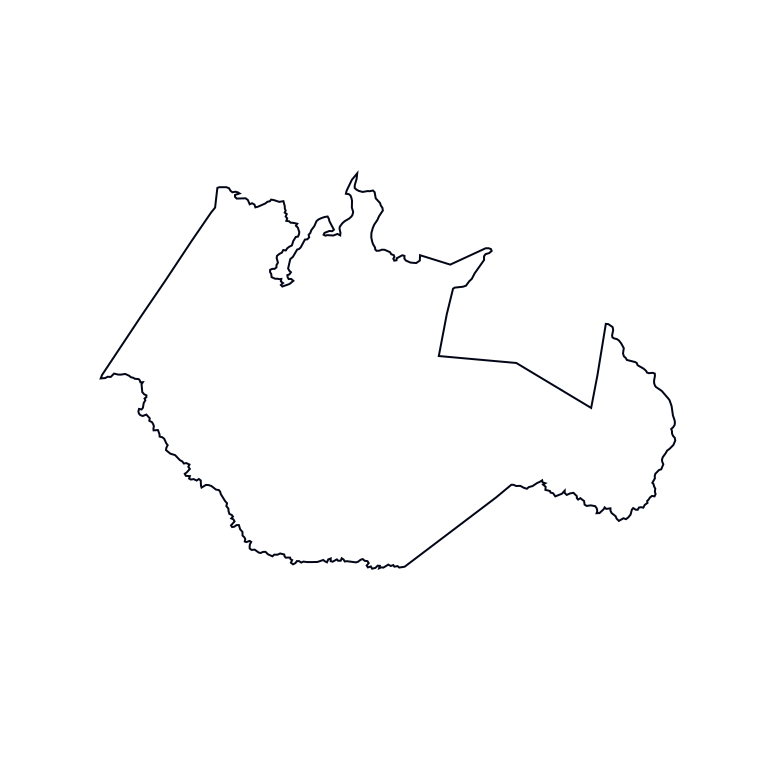 outline of Bomet Central, Rift Valley, Kenya, rotated 232°
{"feature_id": "3690345B53477019337333", "entity_name": "Bomet Central", "entity_type": "district", "adm_level": 2, "iso_a3": "KEN", "parent_name": "Kenya", "parent_adm1": "Rift Valley", "projection": "natural_earth1", "projection_center": [35.326, -0.731], "detail": "fine", "context": "isolated", "style": "outline", "palette": "ink", "viewbox_px": 768, "rotation_deg": 232, "n_neighbors": 0, "source": "geoboundaries", "source_scale": "gbopen_adm2", "svg_char_len": 6166}
<svg xmlns="http://www.w3.org/2000/svg" viewBox="0 0 768 768"><g transform="rotate(232 384 384)"><path d="M641.1,373.4L627.0,359.5L625.5,353.1L615.1,320.3L600.0,275.1L586.6,233.2L564.7,167.4L562.8,164.2L560.3,168.0L559.9,170.6L557.8,173.0L558.4,177.7L555.1,180.3L553.6,182.1L551.2,186.3L547.3,188.3L545.2,188.7L543.2,190.3L541.6,190.8L538.9,193.7L537.2,193.8L535.3,193.1L533.9,195.1L533.1,192.8L526.4,188.5L523.4,188.7L521.4,189.8L519.9,188.6L520.0,186.4L518.1,185.9L517.0,183.0L513.7,179.4L513.2,177.3L515.2,175.6L513.6,173.6L511.7,172.7L509.5,172.8L507.4,174.1L506.2,177.9L501.2,178.3L499.5,176.4L496.7,177.7L494.1,177.3L492.3,176.6L490.8,174.8L489.3,173.9L486.9,177.5L482.7,176.2L480.7,174.8L478.5,176.5L476.2,177.1L471.2,175.9L469.0,175.9L467.8,173.3L466.1,171.5L460.5,172.8L456.6,175.6L449.6,176.3L447.2,177.4L444.6,177.3L443.3,179.6L440.3,181.1L439.2,178.8L436.6,178.7L435.8,174.1L435.9,171.7L433.7,171.3L430.9,174.3L429.5,172.2L427.7,172.9L426.2,175.5L423.3,176.9L423.1,179.6L420.8,180.2L416.6,177.2L414.7,176.5L414.1,181.6L412.4,183.5L409.8,185.2L404.2,186.6L402.2,188.5L400.1,188.6L397.7,187.6L389.6,186.7L386.7,186.9L384.8,184.6L381.7,184.7L379.5,183.2L376.7,182.2L374.6,183.4L372.5,183.3L372.1,180.9L370.1,182.0L367.7,181.6L366.8,176.4L364.8,176.2L363.7,178.2L363.6,181.0L362.2,182.8L358.1,181.2L354.6,181.4L351.6,179.2L349.3,179.6L347.2,179.2L345.6,177.3L344.1,178.3L343.1,181.5L341.3,182.1L340.2,179.6L338.5,177.9L337.0,176.9L334.8,177.5L333.1,180.1L328.3,181.5L326.8,182.7L326.2,185.2L324.7,187.3L321.3,187.7L316.9,190.0L317.1,192.4L315.0,195.1L314.4,197.8L311.1,200.4L309.5,199.6L307.8,199.6L305.0,203.1L303.4,202.5L301.8,203.2L300.5,200.6L297.9,201.3L297.4,203.9L298.1,206.3L296.6,208.1L294.3,208.8L293.7,211.1L290.9,213.9L286.3,219.9L284.7,222.1L282.7,227.8L280.6,228.3L278.6,229.3L280.1,232.1L279.3,234.6L277.3,232.9L275.6,234.1L274.8,238.9L273.0,239.0L271.4,241.1L272.7,243.4L270.4,244.1L268.3,243.8L267.2,245.7L260.6,252.2L259.9,254.3L259.9,257.3L259.1,259.5L256.6,259.9L254.6,261.9L252.3,261.7L251.6,258.6L249.4,258.4L248.3,261.3L245.8,260.9L244.4,264.0L244.7,267.2L243.3,268.7L241.8,266.7L241.3,268.8L239.7,270.5L239.0,276.2L236.4,277.3L235.6,279.8L233.7,279.7L232.1,282.6L230.0,283.0L227.3,287.8L225.6,402.3L226.2,422.3L224.7,424.1L222.3,425.3L219.8,428.7L216.1,430.3L213.5,432.1L213.6,434.7L212.1,438.2L211.7,443.8L211.0,446.3L210.7,449.3L208.8,448.4L206.5,450.0L206.8,447.4L203.5,448.1L201.2,446.0L197.5,448.9L195.9,448.4L193.8,450.0L190.0,449.8L188.0,456.6L188.7,460.7L186.9,459.3L184.1,459.7L183.2,463.3L181.6,466.3L176.9,466.9L175.3,465.7L173.4,465.8L173.2,468.4L168.6,469.6L165.4,467.8L163.2,468.6L161.0,472.3L157.7,475.2L155.1,475.1L152.6,473.9L151.3,472.0L149.6,474.4L150.1,480.1L150.9,481.9L148.8,482.2L146.6,485.9L144.6,484.4L142.2,483.9L137.2,485.1L134.7,484.4L131.5,484.8L130.8,490.0L128.5,491.5L128.5,494.5L129.3,497.9L132.4,502.0L132.8,504.0L130.1,504.9L128.7,506.5L129.7,508.9L128.5,510.9L126.9,512.2L128.2,515.1L128.1,518.4L129.8,519.4L130.0,521.4L130.8,523.6L130.8,526.3L128.9,528.0L130.0,530.2L132.3,531.1L134.5,533.3L137.1,533.8L139.3,534.8L140.9,534.6L142.9,539.4L144.7,540.6L146.2,542.5L146.9,547.8L146.1,550.0L148.8,554.7L151.2,555.3L153.1,556.3L154.7,558.6L156.0,563.2L157.2,566.0L157.1,569.2L157.8,574.5L160.2,578.8L162.7,580.0L165.2,579.8L167.7,580.5L169.7,582.0L171.7,582.6L171.9,585.2L172.8,587.8L174.5,589.5L176.6,590.7L181.3,592.3L189.5,597.0L195.3,599.0L197.3,599.1L207.6,598.6L214.0,596.5L215.8,596.5L218.2,597.3L220.3,598.8L223.6,602.5L225.5,603.8L227.4,602.6L229.5,599.3L231.1,598.3L233.1,598.6L236.3,598.0L242.6,595.4L245.1,596.1L246.8,595.3L253.4,590.2L255.7,590.5L258.2,590.1L261.0,591.2L264.6,595.0L269.8,595.9L273.8,595.9L276.1,595.1L278.1,593.5L280.1,592.7L281.8,593.6L285.4,597.8L288.1,599.2L293.1,597.6L294.8,595.8L259.7,557.8L237.6,532.5L319.1,501.2L372.3,444.4L400.4,476.5L416.6,497.1L416.4,499.1L412.1,506.0L411.0,509.1L412.5,514.5L412.8,517.9L415.4,523.6L420.1,539.2L423.1,541.5L423.8,544.0L422.4,547.5L422.6,550.8L424.6,551.3L426.7,549.9L428.4,547.6L437.3,509.7L463.3,491.7L459.2,488.2L459.5,483.8L463.4,479.6L467.9,477.2L470.3,477.3L472.4,479.0L474.2,477.6L475.2,471.5L473.8,470.0L474.9,468.0L477.0,468.5L477.7,470.4L479.6,471.0L481.8,469.6L484.2,469.9L489.4,467.1L491.1,465.1L492.0,462.3L493.6,460.1L495.4,459.9L496.9,460.9L501.2,461.5L503.6,462.4L507.3,464.2L510.7,467.0L513.9,471.3L515.6,474.4L517.3,479.7L519.3,483.5L521.4,489.9L523.8,491.2L526.6,491.4L529.1,492.3L535.4,491.8L540.9,494.7L543.3,494.4L544.6,491.6L546.1,489.9L548.5,485.4L551.7,483.0L554.3,481.9L556.6,481.6L558.8,483.5L562.5,488.7L566.5,492.6L564.7,484.4L559.3,473.5L557.4,471.1L555.0,473.3L553.1,473.6L550.8,472.9L548.2,471.7L542.8,467.3L538.5,465.6L536.7,463.3L536.0,461.4L535.8,458.4L536.5,453.3L536.3,450.1L535.2,446.1L533.7,444.5L530.0,442.8L528.1,441.0L530.9,439.7L532.2,435.5L536.2,431.0L537.1,429.0L538.8,428.3L539.7,430.2L538.2,435.2L536.3,437.3L536.4,439.5L545.8,441.2L548.0,442.2L550.7,442.7L552.2,439.9L553.3,436.7L554.0,433.7L553.9,431.1L551.3,426.3L550.0,421.5L548.4,418.9L548.0,416.5L545.7,415.4L545.2,412.7L546.5,410.6L542.9,402.4L542.7,400.1L543.4,398.3L540.3,390.6L540.1,387.0L534.1,379.6L531.6,379.1L529.4,379.5L528.6,377.0L529.3,374.8L527.2,373.7L525.4,373.5L524.0,375.5L521.1,376.1L521.0,371.1L523.4,363.9L525.5,363.7L525.7,366.6L528.3,365.9L530.0,367.8L531.0,366.1L532.6,364.8L534.0,363.0L537.4,361.2L540.0,362.8L542.5,363.2L544.1,364.6L543.5,366.8L542.1,368.7L542.1,371.0L543.9,372.5L544.9,375.1L549.4,377.0L550.9,378.7L550.9,381.7L550.4,384.4L551.6,387.1L549.7,388.8L550.5,391.3L550.5,393.9L549.9,396.7L552.5,400.5L554.2,405.0L553.1,407.0L554.4,409.3L555.9,410.8L560.4,412.4L562.9,412.0L563.7,414.3L567.1,411.5L568.5,409.8L570.6,409.4L572.7,407.5L574.1,409.7L576.5,409.6L577.8,412.0L580.2,411.3L581.2,413.3L583.2,413.8L585.3,415.3L590.0,417.3L592.0,413.6L596.5,410.6L598.8,408.6L598.3,406.6L599.4,404.2L599.3,401.8L601.3,393.9L602.4,391.4L605.1,392.4L607.7,391.3L608.3,388.8L612.8,390.0L615.5,389.3L620.8,382.1L623.2,381.8L624.7,383.0L623.1,387.5L625.0,386.8L627.0,385.3L628.4,382.6L630.8,382.0L633.7,382.4L636.2,380.9L640.5,375.3L641.1,373.4Z" fill="none" stroke="#020617" stroke-width="2"/></g></svg>